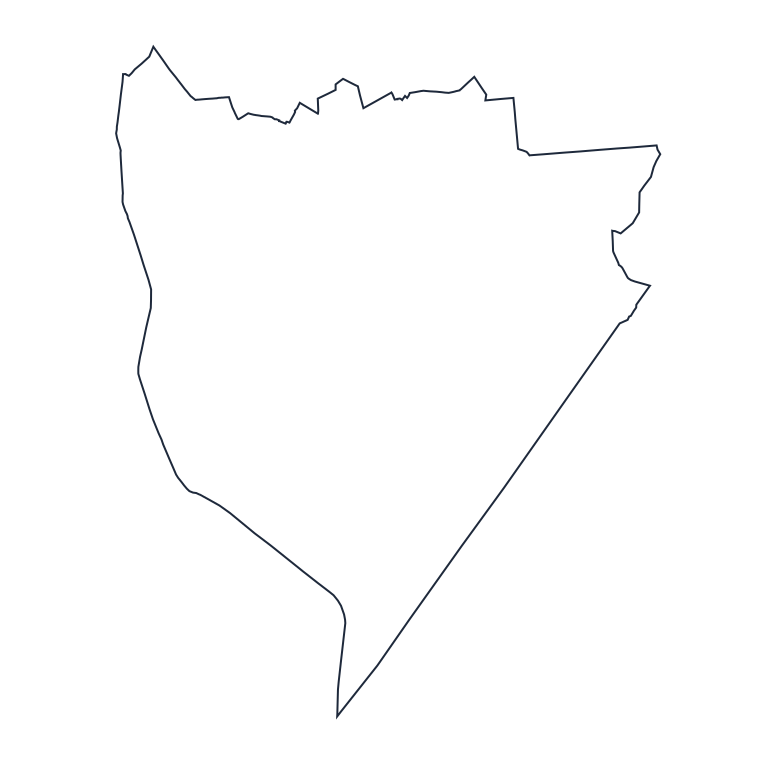 Nagļu pag., Rezeknes, Latvia, rotated 181°
{"feature_id": "27541924B68754646621039", "entity_name": "Nagļu pag.", "entity_type": "district", "adm_level": 2, "iso_a3": "LVA", "parent_name": "Latvia", "parent_adm1": "Rezeknes", "projection": "orthographic", "projection_center": [26.915, 56.737], "detail": "fine", "context": "isolated", "style": "outline", "palette": "slate", "viewbox_px": 768, "rotation_deg": 181, "n_neighbors": 0, "source": "geoboundaries", "source_scale": "gbopen_adm2", "svg_char_len": 4419}
<svg xmlns="http://www.w3.org/2000/svg" viewBox="0 0 768 768"><g transform="rotate(181 384 384)"><path d="M381.7,675.6L382.0,675.3L382.4,675.1L409.4,659.4L413.0,672.0L415.1,680.3L415.3,681.2L418.2,682.5L424.2,685.4L429.0,687.8L430.3,688.4L433.8,685.7L437.6,682.7L437.5,677.2L445.2,673.2L448.2,671.7L455.2,668.2L454.5,656.4L454.7,653.3L454.8,653.1L455.5,653.5L472.3,663.2L472.6,663.4L473.1,663.7L475.7,658.1L477.3,656.4L477.9,655.6L477.6,654.5L478.8,651.8L481.9,646.1L482.9,644.0L483.1,643.7L485.1,644.4L486.1,644.5L486.5,643.8L486.5,643.4L486.9,642.6L491.9,644.5L492.0,644.6L492.6,644.9L493.5,645.0L493.4,645.8L494.0,646.0L495.3,646.5L496.1,646.8L496.8,646.8L497.2,646.8L497.8,646.8L498.3,647.1L499.7,648.0L500.1,648.5L500.9,648.8L502.1,649.2L502.8,649.3L505.7,649.5L507.6,649.6L509.1,649.7L511.1,649.8L512.6,650.1L514.8,650.4L516.7,650.6L517.9,650.8L518.8,650.9L521.9,651.6L524.5,652.3L529.9,648.7L533.8,646.3L534.5,646.3L534.9,646.6L537.9,652.5L538.2,653.3L540.5,657.9L542.1,662.5L543.9,667.8L544.0,668.1L545.3,668.0L547.9,667.8L549.5,667.6L550.6,667.5L551.3,667.5L552.8,667.3L553.4,667.3L554.6,667.2L555.2,667.0L556.1,666.8L556.9,666.7L557.3,666.7L560.1,666.4L564.1,666.1L569.4,665.6L574.0,665.1L575.3,665.0L575.7,665.0L577.5,664.7L579.6,666.3L580.1,666.7L581.4,667.8L582.3,668.4L583.4,669.7L585.4,672.1L585.5,672.2L585.6,672.4L588.3,675.4L591.6,679.6L592.3,680.5L592.6,680.8L594.0,682.6L595.4,684.3L597.4,686.9L600.3,690.3L602.5,692.9L603.6,694.2L605.1,696.2L606.1,697.6L606.9,698.7L609.4,702.2L614.7,709.4L617.7,713.4L620.5,717.2L624.4,707.2L631.9,700.1L638.7,694.2L641.3,690.9L641.6,690.6L641.7,690.4L644.4,687.7L647.3,688.9L647.7,689.4L648.5,689.4L649.0,689.3L650.2,689.3L650.3,689.3L650.5,685.2L650.7,681.5L651.1,677.9L652.1,669.1L653.2,657.8L653.7,653.0L653.8,651.9L654.3,647.8L655.0,641.0L655.6,636.6L655.6,634.5L655.6,633.7L656.0,631.4L656.2,629.9L655.9,628.5L655.2,625.2L654.5,623.0L652.2,615.9L651.3,612.9L651.5,610.5L651.4,608.5L651.1,604.3L650.2,592.3L649.1,578.6L648.4,570.0L648.6,568.0L648.6,563.6L648.6,561.5L648.0,558.9L645.6,552.4L644.0,549.4L643.3,547.4L643.0,545.3L641.3,541.5L636.6,528.9L634.3,522.2L629.4,507.9L626.5,499.0L621.3,484.1L618.5,474.5L618.4,463.4L618.5,455.9L620.4,447.2L622.7,436.5L626.9,414.0L628.4,406.8L629.9,396.8L629.9,392.9L629.8,389.9L628.1,384.4L625.6,377.2L623.0,369.7L618.0,354.7L614.4,344.7L608.4,330.6L605.5,324.6L603.7,319.6L597.8,306.4L592.8,295.4L590.3,289.8L588.2,286.6L584.7,282.4L582.1,279.1L579.3,275.9L576.7,273.5L573.1,272.1L569.8,271.7L566.7,270.3L566.0,270.1L565.4,269.8L546.5,259.7L535.6,252.2L510.8,232.5L494.8,220.8L494.4,220.5L488.3,215.8L461.3,194.9L446.6,183.8L434.7,175.0L430.7,171.9L426.3,166.6L423.1,161.5L419.9,152.9L418.8,147.6L418.5,144.2L422.2,105.9L424.1,85.6L424.7,77.7L424.9,54.9L424.9,53.6L425.0,50.8L421.2,55.9L420.9,56.3L385.7,102.4L354.6,148.8L303.3,223.7L262.3,282.2L198.3,376.7L149.4,448.7L141.5,452.4L140.1,455.7L138.4,456.4L135.4,461.6L133.2,464.8L133.1,467.7L120.8,485.5L120.3,486.2L119.8,486.9L128.2,489.1L131.3,489.9L135.1,490.9L138.9,492.2L140.7,493.3L141.7,494.0L142.1,494.4L142.9,495.7L145.2,499.8L147.6,504.0L148.1,504.7L149.0,505.6L150.4,506.6L151.2,507.0L151.5,508.0L151.9,509.3L156.7,519.3L157.1,520.3L157.3,521.2L157.8,531.0L158.2,536.7L158.5,541.2L158.1,541.1L155.7,540.9L150.0,538.7L138.1,549.1L131.9,560.0L131.9,568.2L131.8,580.1L127.2,586.9L120.7,595.7L118.2,605.5L115.6,611.7L111.8,618.6L114.6,623.1L115.6,627.3L126.6,626.2L143.0,624.6L154.6,623.6L173.3,621.8L192.3,619.9L208.8,618.4L227.2,616.6L242.2,615.2L242.5,615.1L243.0,615.7L243.8,616.8L244.8,617.9L245.5,618.6L247.4,619.3L249.4,620.0L252.0,620.7L254.0,621.4L254.1,621.8L255.4,633.7L257.4,651.8L257.4,652.0L258.0,658.2L259.6,672.3L272.4,671.0L287.6,669.3L286.8,675.1L291.2,681.3L299.1,692.7L301.9,690.0L304.9,687.2L308.4,683.8L312.2,680.1L313.3,679.3L313.4,679.1L313.5,678.9L317.3,678.0L317.8,677.8L319.6,677.3L321.7,676.8L324.4,676.2L326.0,676.3L328.0,676.4L331.7,676.8L337.0,677.2L342.8,677.4L345.7,677.6L349.8,677.9L351.4,677.6L351.8,677.6L356.7,676.6L358.2,676.3L363.3,675.4L363.7,674.4L363.8,674.0L363.9,673.7L364.1,673.4L364.3,672.8L364.6,672.4L364.9,671.9L365.2,671.4L365.5,671.0L365.9,670.4L366.0,670.5L368.0,672.4L369.5,670.2L370.8,668.2L372.1,669.3L372.8,669.6L373.2,669.7L373.8,669.6L375.6,669.3L375.6,668.9L376.5,668.9L377.1,668.8L377.5,668.7L378.3,668.6L380.4,673.5L381.1,674.8L381.7,675.6Z" fill="none" stroke="#1e293b" stroke-width="2"/></g></svg>